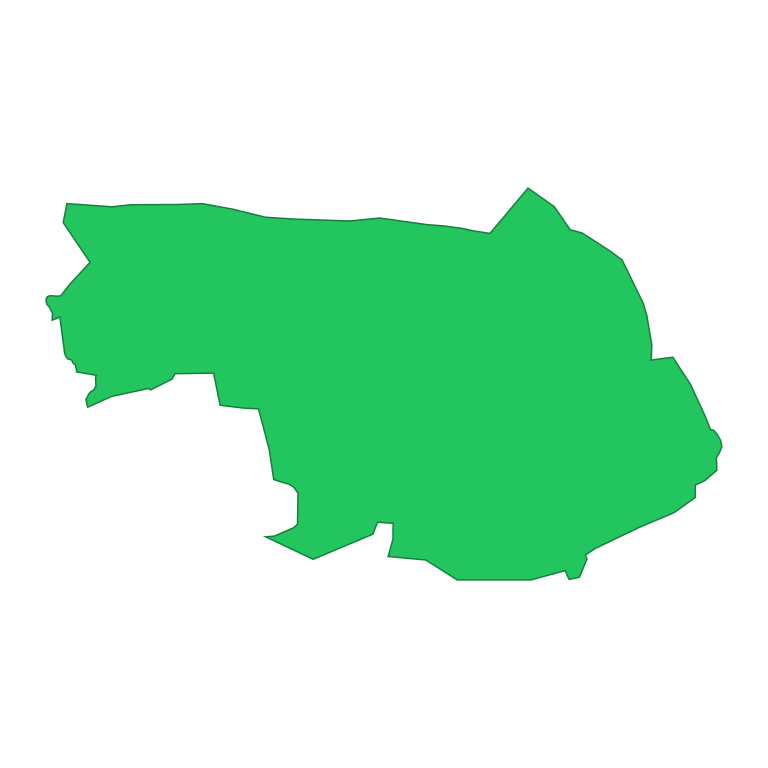 outline of Maigatari, Jigawa, Nigeria
{"feature_id": "59680162B93100308813933", "entity_name": "Maigatari", "entity_type": "district", "adm_level": 2, "iso_a3": "NGA", "parent_name": "Nigeria", "parent_adm1": "Jigawa", "projection": "albers", "projection_center": [9.515, 12.698], "detail": "fine", "context": "isolated", "style": "filled", "palette": "green", "viewbox_px": 768, "rotation_deg": 0, "n_neighbors": 0, "source": "geoboundaries", "source_scale": "gbopen_adm2", "svg_char_len": 1779}
<svg xmlns="http://www.w3.org/2000/svg" viewBox="0 0 768 768"><path d="M528.0,188.1L524.5,192.3L503.3,217.6L496.6,225.5L489.9,233.4L473.1,230.8L462.2,228.4L444.7,226.0L426.8,224.6L379.5,218.0L351.0,220.9L340.3,220.7L293.0,219.0L265.2,217.2L233.3,209.3L202.2,203.6L178.3,204.5L131.2,204.7L111.9,206.8L66.9,203.6L63.2,222.6L90.0,262.3L80.1,273.1L71.1,282.8L64.2,291.4L60.9,295.7L57.7,296.2L50.5,295.7L47.5,296.6L46.1,299.0L46.3,302.0L46.8,304.2L49.3,307.1L52.5,313.1L52.1,320.2L54.1,319.4L54.9,319.1L55.8,318.7L56.5,318.4L59.9,316.9L64.7,353.7L65.5,355.6L66.8,357.9L68.3,359.2L70.4,359.5L71.9,360.5L73.2,363.3L75.4,364.9L76.3,369.0L76.6,371.9L96.3,375.3L95.6,377.8L95.7,381.8L95.9,386.3L93.5,390.0L90.0,392.3L88.4,394.6L87.6,396.6L86.8,397.9L85.9,399.2L86.1,400.9L86.7,402.5L87.0,404.4L87.7,407.2L111.7,396.4L148.4,388.5L150.5,389.9L162.0,384.2L171.9,379.2L175.1,373.7L213.6,373.1L220.1,405.2L232.8,406.8L243.9,408.1L258.5,408.9L264.9,433.1L269.3,450.0L272.1,468.7L273.7,479.4L278.1,481.0L283.6,482.7L288.7,484.1L290.8,485.2L293.1,486.6L295.2,489.1L298.0,493.2L297.5,524.0L294.1,527.5L274.4,536.1L265.6,536.8L313.1,559.3L372.8,534.2L377.5,522.3L379.6,522.4L381.8,522.5L383.9,522.7L386.9,522.9L389.6,523.1L391.0,523.1L393.2,523.1L393.0,528.9L393.0,538.9L388.1,556.5L425.8,560.0L457.1,579.9L531.1,579.9L565.1,570.6L569.2,579.5L579.4,577.2L587.0,559.0L585.4,555.0L594.6,548.8L613.7,539.6L639.4,527.3L674.1,512.6L695.3,497.5L695.3,485.2L705.2,480.3L716.9,470.2L716.4,457.6L719.4,452.8L721.9,446.6L720.6,440.4L717.2,434.4L713.7,430.2L710.4,429.5L705.7,417.4L690.5,384.3L680.7,369.4L672.9,357.2L650.9,360.1L651.4,357.2L651.8,344.8L646.8,315.3L643.2,303.2L622.1,260.0L610.7,251.5L582.4,233.1L570.2,229.7L554.4,206.8L528.0,188.1Z" fill="#22c55e" stroke="#15803d" stroke-width="1.5"/></svg>